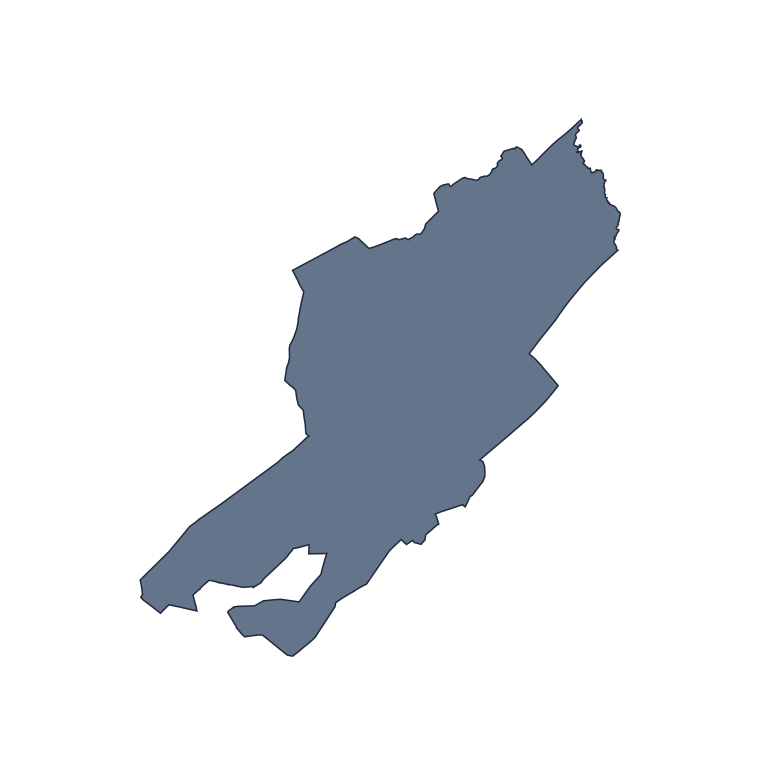 outline of Pušmucovas pag., Ciblas, Latvia, rotated 138°
{"feature_id": "27541924B48710808686616", "entity_name": "Pušmucovas pag.", "entity_type": "district", "adm_level": 2, "iso_a3": "LVA", "parent_name": "Latvia", "parent_adm1": "Ciblas", "projection": "robinson", "projection_center": [27.687, 56.641], "detail": "fine", "context": "isolated", "style": "filled", "palette": "slate", "viewbox_px": 768, "rotation_deg": 138, "n_neighbors": 0, "source": "geoboundaries", "source_scale": "gbopen_adm2", "svg_char_len": 5910}
<svg xmlns="http://www.w3.org/2000/svg" viewBox="0 0 768 768"><g transform="rotate(138 384 384)"><path d="M703.5,363.2L691.7,363.9L683.7,353.1L683.6,352.8L674.9,340.5L672.6,344.3L671.0,347.6L667.1,355.0L659.5,355.0L658.8,354.8L658.2,354.6L658.0,355.1L652.9,355.3L645.2,355.1L641.5,350.0L639.7,347.0L639.8,347.0L638.8,345.5L638.4,345.6L634.0,339.2L633.8,338.7L633.4,338.8L629.1,333.1L629.2,332.9L627.0,330.1L625.5,328.0L625.1,327.5L617.0,321.2L616.8,320.9L617.3,320.3L608.5,318.6L603.9,319.6L573.2,320.3L566.0,321.6L565.1,321.5L561.7,322.5L556.9,319.6L549.7,316.0L547.2,314.9L551.0,310.7L553.6,308.2L540.0,296.3L545.6,293.0L555.6,286.6L558.3,284.7L574.5,283.0L591.9,279.1L593.0,279.0L604.6,292.9L609.2,296.6L618.7,303.6L628.5,305.7L641.8,316.9L645.0,318.9L645.4,318.5L646.3,318.9L651.8,319.4L653.0,318.7L656.4,301.4L656.8,301.4L657.0,294.1L656.8,289.4L645.9,282.0L642.4,279.0L641.5,273.9L637.4,247.5L635.3,244.5L634.6,243.6L633.8,242.8L622.7,242.1L622.2,242.2L621.5,242.2L611.8,241.7L604.9,241.8L569.3,251.3L566.3,253.8L558.3,252.8L544.0,249.9L542.7,249.8L538.1,248.9L535.9,248.3L535.3,248.3L530.9,247.0L491.4,256.5L475.3,256.9L475.0,252.1L474.7,249.7L467.4,248.6L467.6,245.7L467.1,245.4L464.2,240.7L463.6,240.0L462.7,240.2L457.8,240.7L454.1,243.9L453.7,244.0L438.9,243.7L437.1,243.2L434.1,249.5L433.3,251.7L433.0,253.0L427.6,251.1L423.4,249.2L423.2,249.3L422.2,248.7L408.1,242.5L406.4,241.7L406.5,241.3L405.9,238.3L395.4,242.7L394.9,242.8L393.8,242.3L393.2,242.2L378.2,245.0L376.5,245.2L376.1,245.3L371.0,247.7L370.7,248.0L367.5,251.6L364.2,255.8L362.5,259.9L362.6,260.8L363.7,263.5L325.6,262.4L299.4,261.8L291.5,262.0L278.8,262.8L275.3,263.1L262.3,265.0L255.7,266.2L254.9,291.0L254.7,291.5L254.9,301.3L255.5,306.2L256.0,309.0L255.9,309.2L255.6,309.4L237.3,312.9L213.9,316.7L207.1,318.4L198.5,320.3L189.0,322.1L166.7,325.3L143.3,326.9L120.5,326.9L120.9,327.8L120.9,329.1L120.7,329.4L119.9,329.8L119.5,330.8L119.0,331.8L119.0,333.5L118.6,334.0L118.8,334.6L118.4,335.1L118.2,335.8L117.8,336.1L114.9,337.4L114.8,337.8L115.3,338.3L115.3,338.5L115.2,338.8L114.6,339.1L113.4,338.6L113.0,338.6L111.2,339.6L109.6,340.2L107.0,340.7L106.6,341.0L106.3,341.5L106.3,341.8L107.1,342.7L107.4,343.4L107.2,344.2L106.9,344.6L106.5,344.9L104.2,345.3L103.1,345.7L102.0,347.2L101.3,347.2L99.9,348.3L99.6,348.4L99.2,348.8L97.4,350.3L95.8,351.2L94.4,352.7L94.3,353.2L93.9,353.9L93.9,354.1L94.3,354.7L94.4,355.9L94.3,356.8L93.7,359.5L93.7,360.6L93.9,361.9L94.2,362.8L94.9,364.0L95.3,365.3L96.2,366.9L96.1,367.2L95.3,367.7L95.2,368.1L95.2,368.3L95.8,368.8L96.0,369.3L95.9,369.6L95.2,370.3L95.2,370.5L95.5,371.0L95.3,371.6L94.7,372.4L94.6,373.0L93.8,373.3L94.4,373.8L94.6,374.6L94.6,375.0L94.0,375.6L92.9,376.3L92.7,376.8L92.5,378.2L91.7,379.1L90.1,380.3L89.6,381.4L89.1,381.8L89.2,382.4L89.0,382.8L88.7,382.8L87.6,384.3L87.4,384.8L86.3,385.7L84.5,386.5L84.2,386.6L83.4,386.4L82.7,387.3L83.4,388.0L83.6,389.7L83.3,390.3L81.4,392.1L80.5,393.5L80.2,394.6L80.1,395.0L80.6,395.8L79.5,397.1L79.5,397.5L80.9,398.8L82.4,399.3L82.6,399.5L82.1,400.3L83.0,401.1L83.3,401.1L85.2,400.3L85.8,400.3L86.6,401.4L87.3,401.6L88.0,401.6L88.3,401.9L88.4,402.4L88.0,403.7L86.3,406.3L86.4,406.5L87.5,407.2L88.0,407.7L88.1,408.3L87.7,408.8L87.7,409.1L88.2,410.7L88.1,411.9L88.2,412.6L87.9,413.0L88.5,414.3L88.1,415.0L87.7,415.2L86.5,415.1L85.8,415.5L85.6,415.9L86.0,416.4L85.9,416.6L85.7,417.1L85.1,417.7L85.1,418.2L85.3,418.7L85.4,419.7L84.6,422.3L84.2,422.8L84.0,423.0L83.3,422.9L83.2,423.1L83.4,423.5L82.5,423.8L80.9,424.6L81.1,424.9L82.4,425.3L83.4,425.9L85.0,426.1L85.6,426.9L85.6,427.1L85.3,427.3L84.6,427.2L83.9,427.4L83.5,427.8L83.2,428.7L82.7,429.1L82.2,429.1L81.6,429.3L80.1,428.7L79.6,428.6L78.5,429.0L78.2,429.3L78.1,429.6L78.2,430.3L78.9,430.8L79.8,430.1L80.1,430.0L80.7,429.9L81.2,430.1L81.2,430.6L81.7,431.3L81.7,431.9L82.4,433.1L82.7,433.9L82.8,434.7L82.6,435.1L81.9,435.8L79.9,436.6L78.1,437.8L76.9,437.8L76.3,438.3L75.9,438.7L76.0,439.4L75.2,440.6L74.6,441.2L73.2,441.6L70.3,441.5L69.2,441.9L69.0,442.1L69.0,442.3L69.5,442.7L69.6,443.2L68.6,445.0L67.0,445.3L64.8,445.0L63.6,445.4L62.5,445.3L62.0,445.4L61.8,445.6L61.7,446.0L60.7,446.9L60.8,447.2L61.0,447.5L61.1,447.8L61.0,448.1L60.5,448.6L72.7,448.4L80.8,448.5L87.8,448.8L88.6,449.0L99.1,449.2L111.5,448.6L118.6,448.1L127.5,447.9L126.2,456.7L126.2,457.3L125.4,460.8L124.7,466.1L125.5,468.3L126.7,471.3L126.9,471.7L127.7,471.4L129.5,471.2L130.0,471.5L129.8,472.3L138.9,476.7L144.8,475.0L144.9,472.6L145.0,472.6L146.2,472.1L149.8,472.8L152.3,472.1L152.3,471.2L154.9,469.9L157.9,470.0L158.6,471.1L160.7,470.7L161.3,469.9L165.1,468.9L167.0,469.3L168.4,469.5L170.4,471.3L174.0,473.1L174.4,473.2L177.2,472.6L179.5,474.1L182.1,477.9L184.2,480.3L185.6,483.3L187.4,484.2L188.3,484.5L197.9,485.9L199.5,486.0L202.1,486.0L202.3,486.3L202.4,487.8L201.9,489.1L203.8,490.7L204.5,490.8L206.7,492.2L208.2,492.7L210.5,493.3L219.5,492.3L228.0,475.9L246.0,475.0L249.8,472.5L253.8,471.4L256.7,471.0L257.1,471.3L259.1,473.4L261.2,474.0L264.0,473.8L268.1,474.9L269.4,475.0L270.4,478.2L274.9,480.5L277.2,482.1L277.1,483.4L279.7,485.1L284.8,486.8L293.3,490.0L299.9,492.6L304.5,494.9L305.6,509.1L307.3,513.0L308.3,513.0L316.9,514.7L321.4,516.4L328.1,517.9L364.0,526.7L375.9,529.7L377.4,524.0L378.8,518.7L379.3,517.2L380.0,515.3L381.1,510.6L382.0,506.1L392.4,498.8L402.4,491.1L405.0,488.9L407.1,486.9L407.3,486.9L411.8,483.4L419.8,479.0L422.5,477.8L427.5,476.0L428.5,475.5L430.7,473.7L436.0,467.5L436.8,466.6L437.4,466.2L440.3,464.0L445.5,461.2L455.3,453.1L454.8,446.3L454.2,443.9L453.8,438.6L455.3,436.3L458.4,431.8L461.7,425.6L461.6,418.5L466.3,411.8L469.3,407.0L474.9,399.9L475.3,398.8L474.9,397.4L474.7,395.6L475.7,395.9L496.2,395.5L501.1,396.2L508.1,397.0L515.4,396.9L585.8,403.9L612.8,407.3L613.0,407.3L613.2,407.1L624.1,408.1L635.7,406.3L656.0,403.3L696.4,401.5L698.3,398.0L704.1,389.3L707.5,388.2L707.4,384.3L705.7,375.7L704.1,366.7L703.5,363.2Z" fill="#64748b" stroke="#1e293b" stroke-width="1.5"/></g></svg>